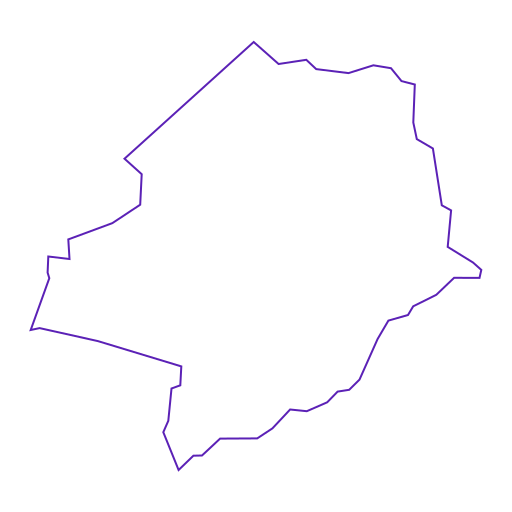 Hancock, Georgia, United States of America
{"feature_id": "52423323B47839005266418", "entity_name": "Hancock", "entity_type": "district", "adm_level": 2, "iso_a3": "USA", "parent_name": "United States of America", "parent_adm1": "Georgia", "projection": "mercator", "projection_center": [-82.985, 33.26], "detail": "fine", "context": "isolated", "style": "outline", "palette": "violet", "viewbox_px": 512, "rotation_deg": 0, "n_neighbors": 0, "source": "geoboundaries", "source_scale": "gbopen_adm2", "svg_char_len": 757}
<svg xmlns="http://www.w3.org/2000/svg" viewBox="0 0 512 512"><path d="M253.7,42.0L124.5,158.7L141.7,174.2L140.2,204.7L112.4,223.1L68.3,239.4L69.5,259.0L48.3,256.5L47.6,272.6L49.3,278.2L30.7,330.0L39.6,328.1L97.9,341.1L181.3,366.4L180.3,385.3L171.5,388.5L168.3,420.8L163.3,432.2L178.6,470.0L193.4,455.7L202.0,455.5L220.1,438.6L257.2,438.4L272.4,428.4L290.1,409.5L306.8,411.2L327.2,402.3L337.6,391.6L349.2,389.8L359.5,379.6L377.6,339.0L388.4,320.6L408.0,315.0L413.2,306.3L436.3,294.8L454.1,277.8L479.5,277.9L481.3,269.9L473.0,262.5L447.7,246.9L451.1,210.4L441.8,205.3L432.9,148.5L416.8,139.1L413.3,122.5L414.8,84.5L401.5,81.1L391.0,68.2L373.4,65.3L348.5,73.1L316.2,69.1L306.3,59.8L278.6,64.0L253.7,42.0Z" fill="none" stroke="#5b21b6" stroke-width="2"/></svg>